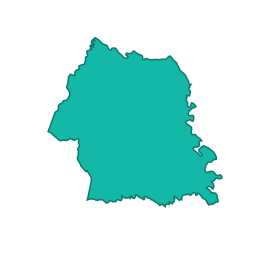 outline of Telêmaco Borba, Paraná, Brazil, rotated 165°
{"feature_id": "56859067B49964335466293", "entity_name": "Telêmaco Borba", "entity_type": "district", "adm_level": 2, "iso_a3": "BRA", "parent_name": "Brazil", "parent_adm1": "Paraná", "projection": "equal_earth", "projection_center": [-50.555, -24.255], "detail": "fine", "context": "isolated", "style": "filled", "palette": "teal", "viewbox_px": 256, "rotation_deg": 165, "n_neighbors": 0, "source": "geoboundaries", "source_scale": "gbopen_adm2", "svg_char_len": 5046}
<svg xmlns="http://www.w3.org/2000/svg" viewBox="0 0 256 256"><g transform="rotate(165 128 128)"><path d="M66.0,32.3L64.7,33.0L63.7,33.2L62.7,33.6L61.3,33.4L60.1,33.5L59.7,34.8L59.9,37.4L59.5,38.6L59.6,40.7L60.3,42.1L61.4,42.9L64.2,43.9L65.4,47.1L67.7,49.6L65.3,50.8L63.9,50.2L62.3,47.5L61.4,47.2L60.5,48.9L60.1,50.2L60.0,51.9L61.3,54.8L59.8,54.5L58.3,54.9L56.5,56.6L55.4,56.7L53.0,55.2L51.3,55.0L50.3,55.4L49.9,56.7L50.5,58.4L51.4,59.0L53.6,58.8L54.9,59.6L56.4,62.7L57.0,63.7L57.9,64.4L59.3,64.8L62.7,64.6L64.5,65.4L64.4,68.7L63.1,70.0L62.5,71.8L60.9,72.9L59.5,74.2L58.0,74.0L56.4,73.5L54.9,74.4L53.2,75.3L51.9,75.0L50.8,75.1L50.3,76.8L50.5,79.2L50.9,80.6L51.5,82.1L52.5,84.1L53.4,85.0L55.6,88.0L56.9,89.0L58.6,90.6L59.8,91.3L62.8,90.2L63.7,89.5L64.9,89.0L65.5,87.7L65.0,85.9L64.0,84.7L63.3,82.4L65.2,82.3L66.5,84.6L67.5,86.5L68.7,87.8L69.9,89.3L70.5,91.5L68.9,92.4L67.5,91.8L66.4,92.0L64.4,91.9L63.6,92.9L63.4,94.4L62.8,95.8L61.8,96.6L60.1,96.6L61.4,99.3L62.7,100.6L63.7,102.3L64.9,104.5L65.8,104.5L67.4,104.8L68.1,106.3L67.7,108.4L66.8,110.3L66.5,112.2L67.2,113.4L68.2,114.6L70.2,116.5L70.9,118.9L69.6,119.7L68.7,119.6L67.3,119.8L66.3,120.0L65.4,119.3L64.2,118.0L63.2,117.9L62.5,119.0L61.8,121.3L61.6,122.6L62.5,123.5L63.5,123.6L65.7,124.0L66.4,125.3L65.5,127.5L64.4,128.5L62.6,129.5L60.5,130.6L58.7,130.5L56.8,131.3L57.7,133.5L58.9,135.2L60.2,135.8L62.4,132.3L63.9,132.2L64.7,133.6L64.4,135.4L63.8,136.6L64.3,138.5L64.4,140.6L63.0,142.4L63.3,144.3L61.7,143.8L60.2,143.1L59.7,144.4L58.7,145.7L58.2,147.7L59.2,149.0L58.9,151.1L57.8,151.4L57.1,152.9L55.9,153.8L57.5,154.2L57.6,155.9L57.6,157.9L58.8,163.4L59.2,164.5L60.1,166.3L61.9,168.7L63.0,170.6L63.2,172.3L63.3,174.0L64.0,175.5L64.2,176.7L64.1,178.1L65.2,179.9L66.4,181.4L67.2,183.9L68.6,186.5L70.0,186.6L72.6,185.2L73.9,184.6L76.0,185.3L77.1,185.6L79.7,185.9L81.5,186.3L83.4,187.0L88.0,187.9L89.8,188.7L91.9,190.0L93.2,190.5L94.1,190.0L95.3,190.0L96.1,190.8L95.5,192.6L95.6,193.9L97.3,195.6L98.7,196.4L100.2,198.0L101.2,199.2L102.0,200.7L103.2,200.8L104.5,199.7L105.6,199.3L107.0,199.5L108.0,199.6L109.3,200.1L110.1,200.7L111.1,199.6L110.5,198.1L109.5,196.9L110.6,195.6L111.8,195.8L113.4,196.7L114.1,197.7L115.4,200.0L116.3,201.5L117.6,203.2L118.3,205.1L118.8,207.1L119.5,208.3L121.4,209.1L123.2,209.1L124.0,207.7L125.2,208.1L126.3,209.6L126.7,211.6L127.0,213.3L129.7,215.0L131.2,216.4L131.9,217.9L133.1,219.9L134.0,221.1L134.9,222.2L136.3,223.7L137.7,223.3L137.5,221.1L139.3,222.3L140.4,221.5L141.1,220.3L140.1,220.1L139.3,219.2L140.0,218.1L139.1,217.2L140.2,216.9L140.3,215.4L141.5,216.9L141.4,218.6L142.5,217.5L143.6,216.7L142.4,215.4L143.7,214.6L142.8,213.3L143.9,213.1L147.2,213.2L148.1,212.2L148.3,210.3L148.1,208.9L149.1,207.3L150.1,207.6L150.9,206.6L151.4,204.9L151.8,203.7L152.7,202.4L153.6,201.0L158.3,200.8L159.4,200.6L159.7,198.9L159.6,197.2L161.0,197.5L162.5,197.2L164.1,196.7L164.9,195.5L165.4,193.9L165.9,192.8L167.1,193.0L168.4,194.0L169.8,194.8L170.9,193.7L172.2,193.0L172.6,191.4L173.6,189.3L174.3,187.3L175.0,186.2L175.7,184.9L176.8,183.1L176.3,181.4L175.7,180.4L175.4,179.1L175.2,177.1L175.7,175.0L176.9,173.5L177.7,172.6L178.6,171.8L179.6,170.9L181.2,170.8L182.4,171.0L183.6,170.9L184.9,169.3L186.3,168.8L187.8,168.8L188.6,168.2L189.6,167.0L190.2,164.8L191.2,163.1L193.4,162.5L194.6,161.6L206.1,145.2L204.9,144.3L203.4,143.0L202.7,141.4L201.5,139.6L200.7,138.6L199.3,136.4L197.7,134.1L195.9,132.9L194.9,133.4L193.5,133.0L192.4,132.6L190.7,131.8L189.2,132.0L188.2,132.3L186.6,132.8L184.8,131.7L183.4,130.1L181.7,130.1L180.4,130.6L178.8,130.4L178.7,128.6L179.7,126.8L179.3,125.0L179.3,123.7L180.2,122.7L181.3,121.5L182.3,120.0L181.7,118.3L182.5,117.0L183.0,114.5L184.2,113.0L184.9,111.4L183.4,105.4L183.3,103.4L179.8,96.7L178.5,97.2L176.3,89.7L177.2,86.2L184.4,71.9L185.2,70.5L186.0,69.1L183.4,69.2L181.6,69.1L180.3,68.3L178.7,67.9L177.7,66.6L175.9,65.9L174.3,66.5L173.0,65.6L171.2,65.4L170.5,64.1L169.6,63.2L168.5,61.2L167.4,61.0L166.4,61.6L165.2,61.6L163.9,62.7L162.9,61.8L162.0,60.6L160.9,60.7L159.5,60.1L158.5,60.2L157.7,61.1L156.7,61.7L155.4,60.8L153.9,59.8L152.8,60.2L151.9,61.7L151.6,63.9L151.1,62.9L149.8,61.9L148.9,61.1L147.7,60.7L146.2,60.7L145.1,60.8L144.4,59.4L143.4,61.0L142.3,61.5L142.4,60.1L141.7,59.1L140.2,58.3L138.5,59.9L137.5,61.5L136.4,60.7L135.8,58.8L134.6,57.9L132.9,56.6L132.2,55.6L131.3,54.7L129.9,55.6L130.4,57.0L129.1,57.6L128.2,57.0L127.0,55.3L125.6,54.6L124.7,54.2L124.5,52.8L123.2,52.4L120.8,49.4L119.6,48.6L118.6,47.3L117.3,45.0L115.3,45.7L113.8,44.7L113.2,43.2L112.4,42.4L111.8,43.9L110.5,44.3L109.3,44.2L107.8,43.5L107.2,45.7L106.4,45.1L105.6,44.0L104.8,43.3L103.6,44.7L102.4,45.1L101.7,46.8L101.0,47.8L101.8,49.0L100.6,49.9L99.8,49.2L99.3,48.0L98.5,46.9L97.9,45.7L96.8,44.8L95.6,45.8L94.6,44.8L94.1,46.2L93.7,47.7L93.0,48.5L91.6,48.7L89.8,48.7L88.6,48.5L87.2,48.5L86.3,47.9L85.1,46.9L83.8,47.4L82.8,47.9L81.7,48.7L80.5,48.4L79.9,47.4L79.8,45.5L78.5,45.5L77.4,46.9L76.3,46.0L75.3,44.4L74.6,42.4L74.0,40.8L72.3,39.5L71.0,37.3L71.0,35.6L69.9,32.8L68.5,32.7L67.2,33.4L66.0,32.3Z" fill="#14b8a6" stroke="#0f766e" stroke-width="1.5"/></g></svg>